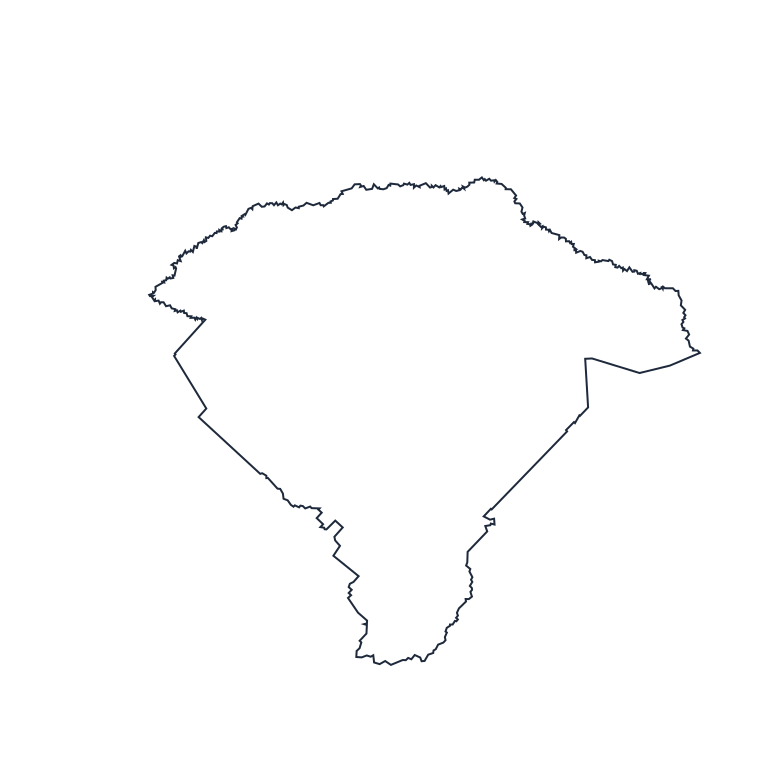 outline of Moree Plains, New South Wales, Australia, rotated 34°
{"feature_id": "25037944B16767086981220", "entity_name": "Moree Plains", "entity_type": "district", "adm_level": 2, "iso_a3": "AUS", "parent_name": "Australia", "parent_adm1": "New South Wales", "projection": "orthographic", "projection_center": [149.192, -29.321], "detail": "fine", "context": "isolated", "style": "outline", "palette": "slate", "viewbox_px": 768, "rotation_deg": 34, "n_neighbors": 0, "source": "geoboundaries", "source_scale": "gbopen_adm2", "svg_char_len": 6165}
<svg xmlns="http://www.w3.org/2000/svg" viewBox="0 0 768 768"><g transform="rotate(34 384 384)"><path d="M610.7,208.9L628.5,181.6L625.2,180.9L621.4,183.4L620.7,181.7L616.7,181.9L612.3,177.7L608.9,177.5L609.3,172.4L605.9,170.3L601.7,172.1L601.8,169.9L599.9,170.2L597.2,168.1L597.5,165.1L595.6,164.1L596.9,161.3L595.5,160.8L595.5,158.4L592.4,157.7L592.2,154.1L586.1,152.8L584.0,148.4L578.7,145.7L575.9,142.2L573.7,143.9L570.0,143.1L563.4,147.5L561.1,147.3L561.9,149.1L559.6,147.8L560.6,149.4L559.1,151.5L555.1,151.3L554.8,153.5L549.2,151.1L547.7,153.0L546.3,151.8L547.8,151.8L547.6,150.6L545.3,150.0L546.7,147.9L543.4,150.1L543.0,146.1L539.0,148.1L538.6,145.9L537.2,146.8L537.4,148.4L534.8,148.9L534.7,150.6L534.2,148.9L532.9,150.6L530.2,148.8L527.9,149.7L528.6,150.9L527.3,152.0L522.2,150.1L522.3,154.5L519.1,154.2L518.8,156.3L516.9,153.9L515.9,155.3L512.9,154.6L512.5,156.9L510.4,157.8L509.5,155.6L507.0,156.8L504.4,154.6L501.3,155.0L501.3,156.6L495.8,159.1L495.3,161.0L493.1,161.7L493.7,162.5L490.9,165.1L489.6,163.4L487.0,164.8L483.8,163.5L481.4,166.6L479.8,164.1L478.0,165.0L474.7,163.3L472.3,164.0L469.9,167.7L468.3,165.7L467.1,166.6L466.4,165.5L467.4,164.7L463.9,164.5L463.0,161.8L461.3,163.1L459.7,161.5L459.3,163.0L457.6,162.1L455.1,164.0L453.5,161.9L451.4,161.9L448.9,163.5L448.1,165.9L446.1,162.5L438.5,165.1L435.4,163.5L435.4,165.1L434.1,164.1L432.0,165.4L430.6,163.6L428.4,164.3L428.0,166.4L427.1,164.7L426.4,166.0L422.9,165.4L423.8,163.9L421.5,163.5L422.1,164.6L416.9,165.7L417.4,167.3L418.5,166.8L416.7,168.4L417.7,169.0L416.9,171.0L415.8,169.9L413.3,171.1L412.9,169.3L409.8,171.3L409.5,170.2L406.6,170.3L408.5,167.9L405.9,165.9L405.1,163.5L403.9,165.4L401.6,164.3L400.1,160.2L395.6,158.4L391.7,160.8L390.0,159.7L390.3,156.6L388.1,157.0L388.1,153.9L380.3,151.6L375.9,154.5L375.2,153.2L369.6,152.4L365.3,154.8L364.9,153.1L362.6,152.4L362.4,154.4L361.4,153.5L359.0,155.6L356.5,155.0L354.9,158.4L353.0,157.8L352.8,159.2L349.6,158.0L348.5,161.6L345.0,163.9L346.1,166.5L342.1,169.4L343.4,171.0L342.8,173.6L341.5,175.8L339.0,176.1L340.8,177.3L339.1,177.2L338.8,179.7L337.2,180.0L338.3,181.0L335.9,183.6L332.7,184.2L331.0,190.0L328.7,187.6L327.9,188.9L326.0,187.2L325.4,188.8L323.2,186.2L321.2,188.9L320.2,188.3L319.9,190.1L315.6,190.3L315.1,193.4L312.7,192.9L313.4,194.0L312.3,195.4L306.4,194.1L302.6,199.8L303.5,200.9L299.7,201.4L299.0,204.5L297.1,201.6L294.7,204.1L292.5,203.1L291.9,205.6L288.5,206.7L288.8,208.3L286.9,211.1L284.1,210.7L277.2,214.3L278.2,216.0L276.5,216.4L276.7,220.1L274.6,222.9L271.2,224.7L270.1,223.8L269.4,225.3L263.9,224.1L265.0,228.9L260.7,232.9L256.4,231.2L254.1,233.9L253.9,232.3L252.3,231.7L248.0,234.9L247.8,239.9L241.0,248.0L243.5,249.5L241.8,250.9L242.0,256.3L238.3,259.2L239.0,260.4L237.6,262.6L238.5,263.5L236.6,264.9L234.7,270.4L233.7,269.7L231.5,271.2L229.3,270.0L225.4,275.4L218.5,277.1L217.4,281.1L214.2,284.7L215.0,285.9L211.9,287.2L210.5,291.4L205.5,291.6L203.3,290.0L200.8,290.5L200.6,291.9L198.8,290.0L198.7,292.3L197.1,292.5L196.1,295.1L193.2,293.7L192.8,297.3L190.3,296.6L188.2,297.9L188.2,299.6L186.0,299.7L185.7,303.6L183.6,305.4L179.1,304.6L175.7,310.0L177.1,312.7L175.3,312.3L173.7,314.6L174.5,321.4L173.5,321.1L172.2,324.0L173.4,324.2L172.5,325.1L173.4,326.6L171.6,327.2L171.6,332.2L172.8,332.6L172.0,335.1L174.5,336.5L174.8,338.7L173.1,338.8L174.0,340.3L172.2,342.4L171.4,340.1L170.4,341.5L167.7,340.9L166.1,342.9L164.7,341.5L163.2,343.2L162.6,345.0L163.6,345.9L162.7,346.3L163.8,348.2L161.3,348.4L162.3,349.7L160.1,351.0L160.8,352.5L159.2,353.4L159.0,357.5L156.9,358.3L156.7,361.1L154.4,362.0L156.7,364.8L155.8,366.7L154.2,365.4L154.5,368.8L153.2,368.5L151.2,370.9L153.1,376.6L151.5,375.1L149.6,375.6L151.7,381.4L148.9,380.8L149.3,382.6L147.8,383.3L147.2,386.2L144.7,384.7L145.3,391.0L144.5,392.1L143.3,391.1L142.7,392.8L146.7,395.8L143.8,396.7L145.0,399.8L142.4,400.9L141.3,404.0L143.3,403.5L145.1,405.5L145.8,403.7L147.0,404.4L149.7,411.3L148.0,412.1L150.0,413.9L147.9,416.0L146.7,415.4L145.9,417.6L144.3,417.4L145.4,419.8L143.6,421.5L145.0,422.7L143.0,423.4L143.8,424.1L140.2,431.2L142.2,433.8L142.3,436.9L141.1,437.0L141.9,438.2L139.5,441.4L140.9,442.0L143.5,440.0L143.0,441.7L146.6,443.2L146.9,442.0L147.8,443.4L150.5,440.9L153.3,442.7L153.4,440.9L155.6,439.5L159.8,441.4L162.6,438.4L165.7,440.0L169.1,438.7L169.7,440.4L171.1,438.7L172.8,440.0L174.2,437.0L175.3,437.7L177.0,435.1L178.6,436.9L180.7,435.7L183.1,437.7L186.4,435.6L186.7,437.3L189.7,435.1L191.6,436.2L191.3,433.8L192.9,434.4L192.6,433.4L195.0,433.0L195.5,431.4L197.3,432.8L197.1,431.1L199.9,430.6L193.5,475.7L194.6,476.1L194.3,478.1L250.4,503.7L248.8,515.1L331.6,527.7L332.9,526.1L337.7,525.8L339.1,527.8L340.2,526.8L354.2,530.3L356.6,529.0L361.5,531.4L364.9,535.3L369.2,534.3L374.4,536.3L377.6,536.3L377.9,534.5L382.6,533.7L382.7,531.6L385.0,530.6L388.3,531.2L391.3,526.9L393.4,527.4L400.1,523.2L399.8,524.8L404.3,525.5L403.2,532.8L411.9,534.3L411.3,538.2L414.8,536.6L416.0,537.6L417.6,536.7L420.0,524.5L430.0,526.0L428.3,538.4L431.0,541.0L438.0,542.8L438.1,554.7L470.4,557.5L469.4,565.2L467.4,568.7L468.3,572.1L472.3,572.7L471.6,577.0L474.8,577.5L473.8,581.5L490.3,588.1L502.3,589.6L503.7,592.0L501.8,594.2L504.6,593.4L509.0,600.7L507.4,610.5L509.7,610.9L511.5,616.7L510.6,620.6L513.7,625.8L518.4,623.1L521.5,618.7L525.5,617.5L526.8,614.9L531.5,620.4L537.0,618.7L539.9,613.0L546.8,613.0L553.9,602.3L556.5,600.8L557.2,597.6L560.6,596.9L561.0,591.5L567.0,590.5L570.2,592.8L572.5,590.9L572.0,583.7L575.2,579.5L574.1,577.2L575.2,575.0L574.6,569.8L577.8,565.2L578.3,562.0L576.0,559.8L575.1,554.9L573.4,554.8L572.4,551.0L573.9,547.6L573.2,546.5L575.4,545.0L575.3,540.7L576.7,540.2L576.9,537.9L574.5,537.5L574.8,534.7L572.4,532.9L571.6,528.1L573.6,518.5L571.9,516.6L574.6,514.9L575.8,511.1L571.9,508.0L572.1,505.4L570.9,504.0L568.1,503.4L567.9,498.7L565.6,497.6L565.3,494.7L559.7,491.7L559.0,489.1L553.6,488.6L552.8,485.3L547.2,476.4L552.0,448.5L547.4,445.1L551.1,441.6L550.6,440.0L554.2,438.7L550.6,434.1L547.7,437.2L540.7,438.0L542.4,427.7L543.4,427.8L562.3,320.9L560.7,320.4L562.8,309.3L564.2,309.6L563.5,300.7L564.3,300.8L566.3,289.3L536.7,250.6L542.2,246.5L589.7,232.0L610.7,208.9Z" fill="none" stroke="#1e293b" stroke-width="2"/></g></svg>